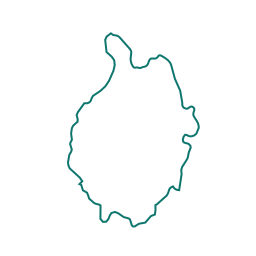 an SVG outline of Tarn, rotated 250°
{"feature_id": "FRA-5346", "entity_name": "Tarn", "entity_type": "Metropolitan department", "adm_level": 1, "iso_a3": "FRA", "parent_name": "France", "parent_adm1": "", "projection": "robinson", "projection_center": [2.231, 43.789], "detail": "fine", "context": "isolated", "style": "outline", "palette": "teal", "viewbox_px": 256, "rotation_deg": 250, "n_neighbors": 0, "source": "natural_earth", "source_scale": "10m", "svg_char_len": 2041}
<svg xmlns="http://www.w3.org/2000/svg" viewBox="0 0 256 256"><g transform="rotate(250 128 128)"><path d="M90.6,64.6L91.9,63.2L93.6,66.8L97.7,65.8L110.0,59.4L113.2,59.2L116.1,59.8L122.9,63.7L125.1,66.4L126.9,67.8L132.5,68.1L133.6,68.6L136.2,71.3L142.2,72.6L147.0,75.2L148.9,77.2L150.9,82.0L151.0,82.7L153.4,83.7L157.8,84.2L160.0,86.3L166.2,95.4L165.2,98.2L165.3,100.5L166.4,102.4L168.5,104.1L170.2,106.2L172.3,114.8L175.0,121.1L178.9,126.4L186.9,134.0L191.6,137.0L196.3,138.2L200.6,137.1L206.7,133.8L218.6,136.7L221.2,139.2L222.8,144.2L220.4,146.0L218.5,149.3L217.4,150.3L216.1,151.1L201.1,157.0L199.0,157.2L197.8,156.9L191.9,154.0L190.7,153.7L189.1,153.4L187.2,153.3L184.0,153.7L182.7,154.4L182.2,155.5L182.0,156.5L181.7,157.5L180.4,159.4L180.1,160.4L180.2,162.6L179.9,164.8L180.0,166.0L180.3,167.1L181.0,168.2L182.0,169.2L184.1,170.9L184.9,172.0L185.4,173.4L184.3,176.4L184.1,176.9L184.0,177.0L183.9,177.6L184.0,178.7L184.3,179.6L184.8,180.6L185.2,181.1L185.5,181.6L185.6,182.3L184.9,183.7L181.1,186.8L177.9,188.8L175.2,189.8L174.2,190.0L172.6,190.1L158.1,188.9L145.2,189.8L133.5,187.7L130.7,186.8L129.1,186.9L127.8,187.5L126.9,188.4L126.2,189.4L125.9,190.4L126.0,191.4L126.6,193.6L126.6,194.7L126.0,195.7L124.6,196.7L123.4,196.8L122.2,196.5L119.8,194.6L117.7,193.8L115.8,194.0L110.7,195.1L108.9,195.3L107.2,195.3L105.9,195.1L104.7,194.8L103.5,194.2L99.2,190.2L98.3,187.3L98.5,184.6L99.5,182.4L101.2,181.0L102.1,179.4L100.8,177.3L98.5,175.6L96.4,175.2L95.0,175.9L92.5,179.4L90.0,180.6L88.0,180.1L84.3,176.8L80.0,174.2L78.7,173.1L72.8,165.5L70.4,163.7L66.1,162.5L52.1,154.8L53.1,152.9L54.4,151.6L55.9,150.7L57.7,150.3L57.4,147.6L56.3,145.9L53.0,143.3L51.3,141.3L46.4,129.1L46.2,127.4L41.8,125.9L37.5,123.7L37.4,119.5L33.2,111.8L34.2,106.0L34.1,104.5L33.2,100.7L33.7,99.1L35.2,98.3L41.2,98.6L42.6,97.9L45.8,93.5L51.4,89.5L53.6,86.9L53.8,83.4L52.0,81.0L49.2,78.5L47.4,75.6L48.3,72.4L52.1,71.0L64.6,75.7L65.8,74.8L68.0,71.5L69.3,70.4L75.0,67.3L77.6,67.5L81.2,67.4L84.9,64.3L90.6,64.6Z" fill="none" stroke="#0f766e" stroke-width="2"/></g></svg>